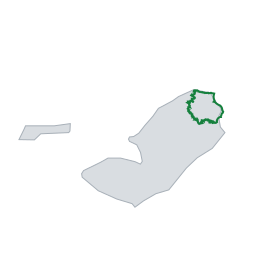 Jenin, West Bank, Palestine (highlighted), rotated 45°
{"feature_id": "87354302B37411468451868", "entity_name": "Jenin", "entity_type": "district", "adm_level": 2, "iso_a3": "PSE", "parent_name": "Palestine", "parent_adm1": "West Bank", "projection": "mercator", "projection_center": [35.215, 32.426], "detail": "fine", "context": "in_parent", "style": "outline", "palette": "green", "viewbox_px": 256, "rotation_deg": 45, "n_neighbors": 0, "source": "geoboundaries", "source_scale": "gbopen_adm2", "svg_char_len": 5414}
<svg xmlns="http://www.w3.org/2000/svg" viewBox="0 0 256 256"><g transform="rotate(45 128 128)"><path d="M199.8,62.7L202.0,82.8L198.0,100.0L197.6,115.0L200.6,142.9L194.2,154.7L190.5,168.6L188.9,179.1L184.4,178.6L170.2,186.2L151.3,193.4L130.4,195.2L127.5,193.1L126.7,189.5L132.8,171.8L135.1,163.5L144.1,154.5L156.9,146.8L162.3,144.8L161.7,141.5L154.1,136.4L146.1,133.7L138.5,136.4L136.2,135.5L135.4,133.3L138.0,130.1L139.3,124.1L138.1,114.2L137.3,102.0L135.6,92.6L140.3,77.3L141.5,70.0L147.4,54.4L161.2,45.0L173.1,47.7L179.4,48.4L182.1,50.3L183.8,55.7L192.6,62.0L199.8,62.7ZM84.1,165.7L89.1,171.2L89.3,173.2L70.4,193.8L70.2,202.6L59.1,213.3L55.5,202.7L54.0,198.9L74.4,178.5L84.1,165.7Z" fill="#d9dde1" stroke="#a8b0b8" stroke-width="1"/><path d="M156.7,71.8L156.9,71.7L157.0,71.7L157.1,71.9L156.9,71.9L157.0,72.1L157.6,72.4L157.8,72.3L158.0,72.6L158.1,72.3L158.3,72.3L158.3,72.5L158.4,72.8L158.5,72.7L158.5,72.9L158.6,73.1L158.8,73.1L158.7,73.2L158.9,73.3L159.0,73.3L159.0,73.2L159.1,73.3L159.8,73.8L159.7,73.8L159.9,73.8L160.2,73.8L160.5,73.7L160.9,73.3L161.1,73.2L161.3,73.1L161.2,73.1L161.5,73.0L161.5,72.8L161.8,72.9L162.3,72.8L162.4,73.0L162.6,73.0L162.6,72.8L162.8,73.2L163.0,73.3L163.0,73.1L163.4,73.2L163.6,73.1L163.8,73.4L164.0,73.4L164.3,73.6L164.2,73.7L164.4,73.9L164.6,73.8L164.7,74.0L164.7,74.4L164.9,74.4L164.9,74.1L164.8,73.6L165.2,73.9L165.3,74.2L165.4,74.3L165.4,74.0L165.6,74.1L165.9,73.8L166.0,73.9L166.4,73.9L166.6,74.1L166.8,73.9L166.9,74.0L167.4,74.6L167.5,74.6L167.6,74.4L168.1,74.7L168.6,74.5L168.8,74.6L169.3,74.7L169.3,74.8L169.7,74.4L169.7,74.1L169.8,74.0L170.0,74.0L169.9,73.9L170.2,73.9L170.4,73.8L170.3,73.5L170.4,73.4L170.5,73.3L170.6,73.5L170.7,73.3L170.6,72.9L170.5,72.7L171.2,72.8L171.4,73.0L171.6,73.0L171.9,73.2L172.0,73.4L172.1,73.5L172.4,73.9L172.6,73.9L172.8,74.0L173.1,74.1L173.3,74.4L173.7,74.4L173.8,74.6L174.1,74.6L174.3,74.8L174.6,74.9L175.3,74.8L175.3,74.6L175.6,74.4L175.8,73.3L175.7,73.0L176.2,73.4L176.6,72.7L176.9,72.3L176.6,72.2L176.8,71.9L176.6,71.9L176.4,71.6L176.1,71.5L175.7,70.8L175.4,70.4L175.5,70.2L176.0,70.3L176.0,70.0L176.1,69.9L175.5,69.8L175.8,69.6L176.1,69.5L176.7,69.5L176.5,69.3L176.6,68.9L176.6,68.6L176.8,68.4L176.9,68.2L176.4,68.1L176.7,67.0L177.0,66.9L177.6,66.4L178.1,66.3L178.9,66.5L179.4,66.1L179.4,65.9L179.2,65.7L180.1,65.6L179.8,65.2L180.2,65.2L180.2,65.3L180.3,65.3L180.3,65.1L180.2,65.0L180.2,64.9L180.9,64.5L180.9,65.1L181.1,65.3L181.3,65.7L181.5,65.8L181.4,65.9L181.1,65.9L181.1,66.0L181.3,66.2L181.6,66.5L182.2,65.9L182.4,66.0L182.8,65.3L182.9,65.1L182.9,64.1L182.7,63.9L182.7,63.7L183.0,63.6L183.3,63.8L183.5,63.8L183.5,63.7L183.8,63.8L184.1,64.0L184.5,64.5L184.6,64.4L184.6,64.1L184.6,63.5L184.4,63.0L184.7,63.0L185.6,63.2L185.6,63.3L185.5,63.6L185.9,63.0L186.6,62.0L186.6,61.6L186.3,61.3L186.1,60.8L186.4,60.6L185.5,59.9L185.4,59.5L185.5,59.5L185.5,59.4L185.3,59.3L185.2,58.9L185.4,58.8L185.1,58.8L184.8,57.8L184.8,57.3L185.3,54.9L185.6,54.8L185.7,54.7L185.8,54.6L185.6,54.5L185.5,54.2L185.3,54.0L185.2,53.5L185.2,53.3L185.0,53.1L184.9,52.9L184.7,52.7L184.4,52.0L184.2,51.5L184.2,51.1L184.3,50.8L184.1,50.5L184.2,50.2L184.0,49.6L183.8,49.2L183.7,49.2L183.2,49.1L182.4,48.7L181.9,48.7L181.7,48.6L181.6,48.3L181.3,48.1L180.8,47.8L180.4,47.5L179.8,47.3L178.8,47.0L178.4,47.0L178.1,47.1L177.5,46.9L177.2,47.0L176.2,47.4L174.9,47.8L173.9,48.0L173.4,48.1L172.2,48.2L171.6,48.1L171.2,48.2L170.1,48.8L170.1,48.5L170.0,48.4L170.1,48.1L170.1,47.9L170.1,47.6L167.6,46.4L165.9,44.8L164.6,42.7L163.7,43.3L163.7,43.5L163.2,43.8L162.5,44.1L162.0,44.4L161.8,44.4L161.7,44.5L161.5,44.9L161.4,45.3L160.8,45.9L160.5,46.4L160.4,46.4L160.1,46.3L159.9,46.3L159.5,46.7L159.4,47.0L159.2,47.2L159.1,47.4L158.8,47.6L158.7,47.8L158.1,48.3L157.7,48.9L157.1,49.0L156.0,49.9L155.4,49.9L155.2,50.1L155.5,50.2L154.0,51.2L153.9,51.4L154.0,51.4L153.2,51.8L152.6,52.0L151.9,52.5L151.7,52.3L151.4,52.2L151.0,52.2L150.3,52.4L150.1,52.6L150.1,52.8L149.6,53.3L149.2,53.5L148.7,54.1L148.5,54.3L148.2,54.8L148.3,55.0L148.4,54.7L148.8,54.9L149.2,54.8L149.3,54.7L149.5,55.1L150.0,55.0L150.0,55.3L150.1,55.6L149.9,55.7L149.8,55.9L150.1,56.0L150.3,55.9L150.6,56.1L150.8,56.3L151.1,57.0L150.9,57.6L150.9,57.9L150.8,58.0L150.6,58.4L150.7,58.5L150.6,59.0L150.3,59.0L150.1,58.8L150.0,59.1L150.1,59.4L150.0,59.6L149.7,59.7L149.7,60.2L150.0,60.1L149.9,60.0L150.1,59.9L150.0,59.7L150.9,60.0L151.6,59.6L153.3,59.3L153.4,59.2L154.0,59.4L154.0,59.5L153.8,59.6L154.1,60.1L153.9,60.9L153.3,61.2L152.9,61.8L153.0,62.1L152.5,62.3L152.7,62.5L152.8,62.4L152.9,62.5L153.1,62.5L153.2,62.9L153.5,63.3L153.7,63.2L153.8,63.2L154.0,63.2L155.0,63.1L155.3,63.1L155.4,63.3L155.5,63.4L155.5,63.6L155.4,63.7L154.5,63.6L154.3,63.7L153.9,64.2L153.6,64.7L153.1,64.8L153.2,65.0L153.0,64.9L152.9,64.9L152.8,65.1L152.8,65.3L153.0,65.3L153.0,65.5L153.1,65.8L153.3,65.8L153.4,66.2L153.5,66.2L153.5,66.4L153.4,66.4L153.5,66.5L153.8,66.4L153.7,66.5L153.5,66.8L153.3,66.8L153.1,66.9L153.0,67.0L152.8,67.0L153.0,67.4L152.8,67.2L152.7,67.3L152.5,67.5L152.2,67.5L152.3,67.6L152.1,68.1L152.5,68.0L152.7,67.7L152.8,67.6L152.9,67.8L153.1,67.8L153.2,67.4L153.4,67.3L153.6,67.5L153.9,67.4L154.1,67.4L154.3,67.8L154.6,68.2L155.6,68.4L155.5,68.9L155.4,68.9L155.5,69.0L156.3,69.4L156.5,69.2L157.0,69.4L156.7,69.5L156.5,69.9L156.4,70.0L156.1,70.0L156.1,70.3L156.3,70.4L156.3,70.5L156.5,70.6L156.6,70.9L156.4,71.0L156.6,71.1L156.8,71.2L156.9,71.4L156.7,71.6L156.7,71.8Z" fill="none" stroke="#15803d" stroke-width="2"/></g></svg>